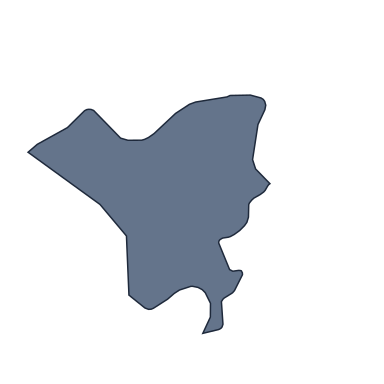 SVG path tracing the border of Greenwich, rotated 235°
{"feature_id": "GBR-2068", "entity_name": "Greenwich", "entity_type": "London Borough (royal)", "adm_level": 1, "iso_a3": "GBR", "parent_name": "United Kingdom", "parent_adm1": "", "projection": "orthographic", "projection_center": [0.032, 51.463], "detail": "fine", "context": "isolated", "style": "filled", "palette": "slate", "viewbox_px": 384, "rotation_deg": 235, "n_neighbors": 0, "source": "natural_earth", "source_scale": "10m", "svg_char_len": 1225}
<svg xmlns="http://www.w3.org/2000/svg" viewBox="0 0 384 384"><g transform="rotate(235 192 192)"><path d="M101.9,145.1L106.1,144.4L110.4,142.2L114.4,138.4L115.4,136.9L118.9,125.5L119.1,119.2L118.2,110.6L118.9,93.7L119.4,91.4L120.8,89.1L124.0,86.9L143.7,81.2L193.6,113.1L234.6,109.5L277.7,94.6L318.6,80.5L319.8,92.6L316.2,126.9L320.2,150.6L319.9,152.9L319.2,154.5L317.6,156.6L315.2,158.2L277.1,164.4L271.1,169.2L263.3,180.5L262.3,183.4L261.6,187.6L261.6,194.3L265.8,223.6L265.3,240.2L263.6,246.6L249.8,275.2L249.2,278.6L237.9,295.4L229.4,302.5L226.9,303.5L224.5,303.5L220.8,302.2L217.6,298.9L209.4,284.7L183.8,260.2L174.4,257.3L154.1,260.6L154.1,260.0L154.0,258.8L153.5,257.4L151.4,252.9L150.9,250.8L150.8,246.5L151.5,239.2L151.1,236.3L150.1,232.8L149.2,231.3L139.0,223.8L135.7,219.6L134.3,215.7L133.1,208.9L133.0,202.3L133.5,197.9L134.1,195.9L136.5,191.1L136.8,190.0L136.9,187.2L136.3,185.9L135.7,185.2L134.8,184.6L106.9,178.3L103.7,180.0L101.0,185.3L99.8,186.7L99.1,187.2L96.9,186.9L95.3,185.9L86.9,170.3L86.2,167.5L86.2,166.2L86.7,157.6L86.4,155.7L85.3,153.2L65.9,141.5L64.2,139.2L63.8,137.9L63.8,136.4L64.1,134.8L70.0,119.8L79.0,135.3L90.2,143.3L101.9,145.1Z" fill="#64748b" stroke="#1e293b" stroke-width="1.5"/></g></svg>